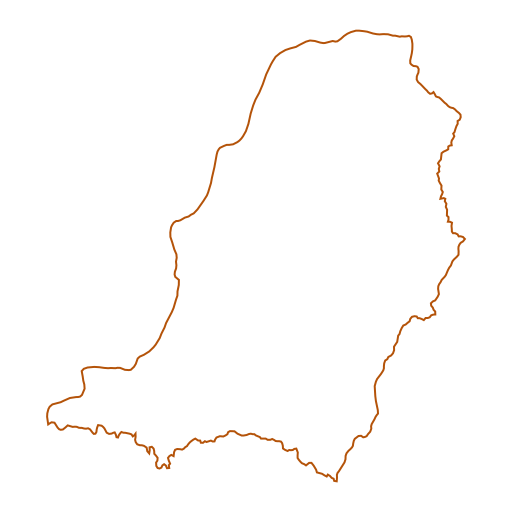 outline of Santa Vitória, Minas Gerais, Brazil
{"feature_id": "56859067B64714034582916", "entity_name": "Santa Vitória", "entity_type": "district", "adm_level": 2, "iso_a3": "BRA", "parent_name": "Brazil", "parent_adm1": "Minas Gerais", "projection": "equal_earth", "projection_center": [-50.287, -18.979], "detail": "fine", "context": "isolated", "style": "outline", "palette": "amber", "viewbox_px": 512, "rotation_deg": 0, "n_neighbors": 0, "source": "geoboundaries", "source_scale": "gbopen_adm2", "svg_char_len": 6008}
<svg xmlns="http://www.w3.org/2000/svg" viewBox="0 0 512 512"><path d="M334.2,480.9L336.7,481.3L337.0,477.7L336.9,474.8L337.6,472.8L338.8,471.4L344.5,462.4L345.5,459.2L345.6,455.9L346.5,453.3L348.5,450.8L350.3,449.2L352.0,447.4L352.9,445.8L353.2,443.5L353.8,440.8L354.8,438.8L358.5,436.0L361.1,435.8L363.2,437.3L364.8,437.0L366.6,436.2L368.1,434.0L370.2,431.7L371.3,428.7L371.1,426.2L371.7,424.1L374.4,419.4L375.6,416.8L376.8,415.0L378.0,413.6L377.8,410.1L375.9,401.0L375.3,396.1L374.7,386.1L375.9,381.7L377.1,379.0L380.8,374.2L382.0,372.4L383.3,370.3L383.9,368.3L383.9,366.1L384.2,363.3L385.2,360.5L387.3,359.2L388.3,357.0L391.1,355.5L393.0,353.3L394.1,350.2L394.0,346.7L397.2,341.9L398.2,335.6L399.5,334.1L400.3,331.2L401.7,328.1L403.3,325.5L405.7,324.5L407.6,322.8L409.6,321.3L410.3,318.8L412.0,316.8L414.5,316.2L416.7,316.5L417.8,318.2L419.6,318.2L421.7,319.0L423.8,320.1L425.6,318.0L427.8,318.0L429.7,317.3L431.2,315.3L433.3,314.6L435.3,314.5L435.2,311.5L433.6,309.8L432.8,307.6L431.2,305.7L430.9,303.3L432.9,301.4L435.2,300.4L437.7,296.7L438.9,294.1L438.1,288.9L438.3,286.2L439.2,284.1L440.5,282.3L441.7,279.9L444.8,276.6L445.9,275.0L447.9,270.2L449.2,267.7L450.9,265.5L452.4,261.4L453.9,259.5L456.8,256.8L458.5,254.8L458.6,251.3L458.4,248.9L458.5,246.8L459.4,244.6L460.7,242.8L463.0,241.4L464.9,239.0L463.0,237.0L460.6,236.3L458.7,236.4L457.6,234.4L455.2,233.2L453.0,233.2L451.9,231.6L451.8,229.0L451.5,225.9L452.0,222.7L450.1,221.8L447.9,221.7L448.5,219.7L448.5,217.1L446.9,215.6L447.1,209.7L445.8,206.9L446.4,203.8L444.8,201.2L445.3,198.8L443.8,198.1L440.4,198.8L441.0,196.3L442.1,194.2L442.8,192.0L441.3,189.5L441.5,185.6L439.8,182.8L438.7,180.6L439.0,178.5L437.2,173.6L439.3,171.5L438.8,168.9L439.6,166.3L438.0,163.3L439.4,161.2L440.9,159.5L441.6,153.2L443.5,151.7L446.5,150.3L448.2,149.3L448.3,146.5L449.7,145.6L451.7,145.3L451.3,142.6L451.8,140.4L453.0,138.7L454.3,136.2L453.2,133.6L454.5,132.1L455.3,129.4L456.4,126.2L457.7,123.8L457.6,121.0L459.7,119.7L460.7,117.2L460.5,114.7L459.0,113.0L456.6,111.1L455.0,109.4L453.2,108.1L451.2,107.7L449.6,107.1L448.0,105.9L446.3,104.0L444.6,102.7L440.8,98.9L439.0,97.4L437.3,97.0L435.9,96.4L434.7,94.0L433.5,92.1L432.0,93.4L430.1,93.8L428.2,92.3L426.9,90.6L425.4,89.2L420.5,84.1L418.1,82.1L416.7,79.6L416.8,76.5L417.5,74.6L418.4,72.7L418.7,69.1L417.5,66.8L415.9,66.2L413.5,66.0L411.4,64.6L410.3,63.3L410.2,60.5L411.2,56.1L411.8,53.3L412.3,49.5L412.4,46.4L412.4,43.8L411.8,39.7L410.9,37.0L409.0,35.8L407.1,36.3L404.8,36.5L401.7,36.3L399.8,36.7L395.3,35.7L393.0,35.7L388.1,34.3L383.4,34.1L379.6,34.4L376.9,34.2L373.0,33.5L367.2,31.7L363.9,31.2L359.4,30.7L355.8,30.7L350.9,32.1L347.4,33.7L344.0,36.0L340.9,38.8L337.4,41.3L335.4,41.6L332.7,41.0L324.9,43.0L323.4,43.1L320.3,42.6L314.9,41.0L310.0,40.5L306.1,41.6L299.5,44.9L296.0,46.9L290.3,48.4L285.5,50.0L280.1,53.1L275.6,56.8L272.7,61.3L271.0,64.3L266.2,74.4L262.7,84.5L259.2,92.8L255.5,99.6L253.2,105.4L250.7,113.5L248.4,123.9L245.9,131.2L243.0,136.3L241.4,138.5L239.4,140.6L237.4,142.1L233.1,144.3L229.0,144.9L226.6,144.9L224.0,145.9L220.0,147.8L218.8,149.2L217.5,151.5L216.7,154.5L214.4,167.2L211.9,178.0L211.0,183.0L208.1,192.5L206.9,195.5L203.4,201.0L197.5,209.4L193.7,213.4L191.0,214.7L188.6,216.5L184.9,217.6L180.3,220.3L178.0,221.0L176.2,221.0L173.7,222.7L172.0,225.3L171.1,227.3L170.3,232.4L170.4,236.9L172.3,242.6L174.3,249.4L176.4,254.3L176.7,257.8L176.0,261.6L176.4,265.3L176.1,268.4L174.9,271.7L174.6,274.5L175.3,276.9L178.9,279.9L178.8,285.0L177.5,291.4L177.4,295.7L176.0,299.7L173.6,307.9L171.8,312.1L166.1,323.0L164.5,327.6L161.5,333.5L159.7,338.1L155.7,344.6L153.6,347.2L149.3,351.4L143.9,354.8L139.8,356.6L137.7,358.5L135.8,363.9L134.0,366.8L130.8,369.8L128.9,370.1L124.9,369.8L120.2,367.9L117.5,367.8L115.4,368.2L110.8,368.0L108.1,368.2L104.1,367.9L99.2,367.2L94.3,366.9L87.6,367.5L83.8,368.8L81.7,371.1L82.7,376.5L83.3,380.7L84.3,384.5L84.6,388.7L82.0,394.9L80.1,396.6L78.2,397.0L75.9,397.1L69.9,398.0L63.8,400.7L60.7,402.2L52.4,404.4L49.7,406.7L48.4,409.1L47.3,413.3L47.1,416.8L48.2,424.4L49.6,423.4L51.6,422.3L54.5,422.7L57.6,427.6L59.1,429.2L60.7,429.8L62.9,429.5L65.5,427.4L67.7,425.4L72.7,426.9L74.5,426.7L76.7,426.8L79.0,427.8L81.9,427.9L84.0,428.5L86.0,428.7L88.1,428.3L90.0,429.3L92.6,432.7L93.8,433.9L95.4,433.7L96.4,432.0L96.7,429.4L97.2,427.4L98.1,425.1L101.6,425.7L103.1,426.9L104.4,428.4L106.7,432.7L109.1,433.9L111.6,433.6L113.2,432.8L114.7,432.4L115.9,434.8L116.5,437.2L118.0,437.5L118.7,435.5L120.0,433.5L121.4,432.0L123.3,432.7L125.4,432.8L129.6,433.7L131.5,434.4L132.8,436.4L134.3,435.3L135.5,433.7L135.6,436.9L135.1,439.8L135.7,442.1L137.2,444.3L139.7,445.2L142.0,445.3L143.9,445.8L146.6,447.6L147.3,451.2L149.2,453.4L149.7,450.4L149.6,447.3L151.8,446.8L153.6,448.6L154.2,451.0L154.3,453.8L155.8,455.4L157.6,457.8L157.4,460.6L156.1,462.6L156.3,465.9L157.6,468.0L159.5,468.5L161.4,467.6L162.4,465.4L164.1,464.2L165.9,465.6L167.0,468.2L169.2,468.0L168.8,465.2L170.1,463.7L168.8,460.7L168.0,457.9L169.4,456.1L171.3,454.9L173.6,456.1L174.1,452.1L175.1,449.8L177.2,449.0L180.1,449.2L182.1,449.6L183.8,448.7L185.2,447.2L187.0,446.1L188.1,444.4L189.7,442.5L191.2,441.2L193.4,439.6L195.3,438.6L198.1,440.5L200.2,440.6L200.8,442.7L203.0,442.8L204.9,441.2L206.5,442.0L210.9,440.6L212.7,441.5L214.5,441.4L215.1,439.6L216.5,437.5L219.9,436.2L223.3,436.5L225.6,435.4L227.4,434.2L228.1,432.2L230.0,431.1L234.5,431.3L237.5,433.7L241.6,435.5L243.7,435.5L246.6,435.0L249.0,434.0L250.8,433.7L252.8,434.2L254.4,434.2L255.8,435.4L259.9,437.1L261.0,438.6L265.7,438.6L267.6,439.8L270.3,439.8L272.2,439.0L274.2,440.0L275.6,441.0L277.2,441.2L279.2,441.2L281.0,441.6L282.1,443.1L282.8,445.6L283.0,448.5L285.1,449.9L287.6,451.0L289.2,450.0L290.9,450.2L292.8,450.0L294.3,448.9L296.3,448.6L297.8,452.5L297.6,455.3L297.6,458.0L298.9,459.9L300.4,461.7L301.9,463.2L304.3,464.2L306.0,465.4L309.1,462.9L311.5,462.9L313.7,465.7L316.1,469.7L316.9,472.4L322.1,473.8L324.4,475.3L326.7,476.5L327.8,474.6L330.0,476.0L331.7,477.9L333.6,478.7L334.2,480.9Z" fill="none" stroke="#b45309" stroke-width="2"/></svg>